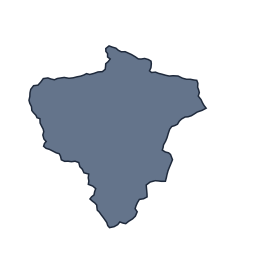 Antônio Carlos, Santa Catarina, Brazil, rotated 62°
{"feature_id": "56859067B23811775155613", "entity_name": "Antônio Carlos", "entity_type": "district", "adm_level": 2, "iso_a3": "BRA", "parent_name": "Brazil", "parent_adm1": "Santa Catarina", "projection": "mercator", "projection_center": [-48.829, -27.486], "detail": "fine", "context": "isolated", "style": "filled", "palette": "slate", "viewbox_px": 256, "rotation_deg": 62, "n_neighbors": 0, "source": "geoboundaries", "source_scale": "gbopen_adm2", "svg_char_len": 2164}
<svg xmlns="http://www.w3.org/2000/svg" viewBox="0 0 256 256"><g transform="rotate(62 128 128)"><path d="M48.2,195.7L50.9,198.0L54.1,199.9L57.0,202.4L60.0,203.1L63.8,203.2L67.4,204.7L69.9,204.3L73.6,203.3L76.2,203.5L78.4,201.4L82.4,203.3L86.1,203.4L89.1,203.4L91.7,204.1L94.2,206.5L98.3,207.4L101.5,206.6L102.4,209.0L104.5,211.1L107.5,209.9L110.0,207.4L113.4,205.0L116.3,203.0L118.4,200.8L121.0,200.8L124.8,201.8L127.7,199.6L129.2,196.5L131.2,193.8L132.5,190.3L135.4,187.7L139.6,188.7L143.0,187.7L146.9,187.9L150.2,184.3L153.3,186.5L156.5,187.5L159.1,189.5L162.7,186.4L166.4,185.0L168.6,187.4L171.1,189.4L171.7,192.5L172.8,194.9L175.8,193.8L178.5,192.5L181.3,191.8L183.7,192.8L186.1,193.7L188.8,192.8L192.1,192.4L195.7,191.8L198.2,191.5L201.4,191.1L204.7,191.7L207.3,191.1L208.6,186.6L208.5,182.5L207.1,179.3L209.6,177.1L211.4,174.9L210.7,171.3L210.4,166.7L209.3,162.9L206.3,159.2L202.6,159.6L200.5,157.5L198.3,154.7L196.4,151.5L197.8,147.4L197.8,143.5L195.2,142.2L186.9,138.7L186.1,133.7L187.3,128.7L188.9,126.2L190.6,123.8L192.6,120.0L189.8,117.4L187.6,115.6L184.5,112.7L182.1,109.9L179.9,107.2L176.9,103.6L173.8,103.2L171.3,102.9L169.0,103.8L166.7,106.3L163.6,108.1L161.6,106.1L159.6,104.6L157.2,100.9L155.0,98.2L151.7,95.0L148.7,91.8L147.2,88.7L147.8,85.6L147.9,82.6L146.0,79.4L145.2,76.5L145.1,72.4L146.3,69.7L146.9,66.3L146.7,62.9L146.4,59.4L147.2,54.3L147.2,49.7L143.8,50.3L140.5,50.4L137.3,50.2L132.8,51.0L130.2,48.4L127.7,47.8L124.7,47.4L121.3,45.3L118.2,44.9L116.6,47.2L114.3,50.0L112.4,53.5L109.6,56.5L105.6,59.4L103.0,63.7L101.5,67.2L99.1,70.0L96.2,73.0L94.2,75.3L91.6,77.5L90.0,81.2L87.6,82.2L85.6,79.5L82.2,77.2L79.8,76.3L77.2,77.8L74.4,80.7L73.3,84.0L71.8,86.5L68.6,88.1L64.8,90.4L61.7,92.8L59.3,94.7L57.5,98.2L54.8,100.1L51.8,101.2L49.3,103.8L46.6,106.2L47.4,110.3L50.0,111.6L52.7,111.1L55.7,112.7L58.7,111.3L60.1,114.4L60.8,117.5L63.1,118.9L65.5,120.6L66.2,124.2L64.4,128.2L63.8,132.4L62.8,136.7L60.5,139.1L60.5,142.1L60.0,145.4L58.9,148.9L57.9,153.0L56.4,156.8L53.4,160.6L52.1,164.3L51.1,167.2L50.9,170.3L48.5,173.1L46.2,175.2L44.6,179.6L46.4,183.3L47.9,187.4L46.3,191.5L48.2,195.7Z" fill="#64748b" stroke="#1e293b" stroke-width="1.5"/></g></svg>